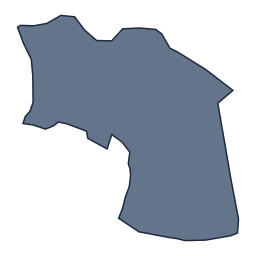 outline of Sembabule
{"feature_id": "UGA-3077", "entity_name": "Sembabule", "entity_type": "District", "adm_level": 1, "iso_a3": "UGA", "parent_name": "Uganda", "parent_adm1": "", "projection": "robinson", "projection_center": [31.266, -0.042], "detail": "fine", "context": "isolated", "style": "filled", "palette": "slate", "viewbox_px": 256, "rotation_deg": 0, "n_neighbors": 0, "source": "natural_earth", "source_scale": "10m", "svg_char_len": 736}
<svg xmlns="http://www.w3.org/2000/svg" viewBox="0 0 256 256"><path d="M17.5,27.3L20.4,25.4L33.9,25.8L46.9,23.4L60.8,15.4L74.6,16.8L84.7,30.2L96.6,40.5L111.7,40.9L122.7,28.8L139.2,28.0L155.7,29.4L161.7,33.9L170.0,48.3L177.4,51.9L206.0,69.7L232.9,90.4L217.8,103.2L223.0,133.2L231.3,181.3L238.5,218.9L237.5,233.0L230.5,235.8L205.5,240.1L185.1,240.6L177.0,238.6L169.1,237.5L138.9,231.8L118.6,218.3L122.6,208.2L125.4,196.8L129.2,186.9L130.6,175.7L130.1,169.5L128.3,163.6L129.8,152.1L122.1,142.1L111.8,134.6L107.1,148.9L87.8,138.4L86.6,131.2L67.1,123.9L58.5,122.0L53.5,125.8L45.5,129.1L33.3,125.0L23.0,123.5L25.3,116.6L30.0,111.2L33.1,102.2L32.8,75.7L31.3,59.3L23.7,43.8L17.5,27.3Z" fill="#64748b" stroke="#1e293b" stroke-width="1.5"/></svg>